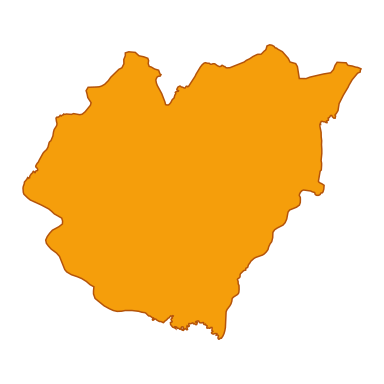 Beng, Oudômxai, Laos (orthographic projection)
{"feature_id": "54806243B47221121067222", "entity_name": "Beng", "entity_type": "district", "adm_level": 2, "iso_a3": "LAO", "parent_name": "Laos", "parent_adm1": "Oudômxai", "projection": "orthographic", "projection_center": [101.752, 20.343], "detail": "fine", "context": "isolated", "style": "filled", "palette": "amber", "viewbox_px": 384, "rotation_deg": 0, "n_neighbors": 0, "source": "geoboundaries", "source_scale": "gbopen_adm2", "svg_char_len": 5884}
<svg xmlns="http://www.w3.org/2000/svg" viewBox="0 0 384 384"><path d="M339.1,103.6L343.3,95.2L348.1,87.2L349.0,85.2L352.2,79.7L357.6,73.2L360.2,72.0L360.3,70.2L360.8,69.5L361.0,68.8L357.7,67.4L355.7,67.1L352.2,66.0L348.2,65.4L347.5,64.8L346.2,62.8L337.1,62.3L335.1,65.3L333.5,69.6L330.7,72.8L323.4,74.0L310.0,77.1L306.1,78.6L299.3,78.5L297.4,66.6L295.7,63.6L290.0,62.0L288.2,58.3L282.4,51.7L277.5,49.0L276.6,48.1L275.2,47.9L274.1,46.4L271.9,45.2L269.7,44.8L267.0,45.9L266.0,49.4L265.3,50.3L264.3,51.0L261.3,54.1L260.4,54.3L257.8,54.3L256.9,54.6L253.0,56.5L249.6,58.8L246.4,60.3L244.2,62.0L229.9,67.7L227.1,67.9L225.8,67.6L224.8,66.5L224.2,66.6L222.5,65.4L222.0,65.3L221.4,65.6L221.1,66.3L219.4,66.6L217.4,65.7L214.8,63.8L213.0,63.7L212.1,64.1L210.9,64.3L210.4,64.2L209.3,63.3L207.2,63.2L205.5,62.7L204.1,63.1L202.2,64.7L200.4,67.0L196.1,74.1L195.1,76.3L188.6,86.3L187.8,86.8L187.3,86.3L186.6,86.2L186.1,86.4L185.2,87.9L184.9,88.0L184.2,88.0L182.6,87.2L181.5,87.1L180.2,86.1L179.7,86.1L177.9,87.1L176.8,89.3L177.1,90.0L178.5,90.6L178.3,91.3L176.6,91.5L175.5,92.1L175.3,92.6L175.7,93.2L175.6,94.0L174.9,95.0L174.2,97.3L174.3,97.7L172.3,99.6L170.8,102.5L169.8,103.8L168.6,104.9L166.9,105.0L165.6,104.6L164.9,101.9L161.7,93.6L157.3,85.5L156.4,83.1L155.8,79.9L156.7,77.8L157.2,77.0L158.2,76.4L159.2,76.1L159.7,76.2L160.3,76.0L161.0,74.6L160.0,74.0L158.6,70.2L154.6,69.0L151.2,67.0L149.2,66.4L148.2,63.6L148.6,60.6L147.8,58.3L143.8,56.8L139.0,55.8L135.3,52.4L128.7,51.8L125.3,52.9L125.3,55.8L123.8,59.5L123.9,63.8L121.9,67.8L118.9,69.3L110.8,77.2L108.3,80.7L104.7,84.3L101.5,86.1L99.1,86.8L96.3,87.0L88.1,87.3L86.1,90.7L87.0,93.7L87.8,97.6L91.1,102.7L90.4,105.3L85.1,111.8L82.2,114.2L79.8,114.7L73.5,113.6L71.5,114.4L66.4,114.0L64.8,114.4L63.7,114.0L63.3,114.8L62.5,115.0L61.2,116.0L60.2,115.3L59.4,116.4L57.9,117.4L57.4,117.1L56.9,117.1L56.0,118.1L56.4,121.1L57.0,123.7L56.8,125.1L56.4,126.1L54.2,129.5L53.5,132.0L52.9,136.0L50.9,140.7L49.6,141.8L49.1,142.7L48.0,147.1L46.6,149.6L44.3,151.7L43.1,153.1L39.3,160.0L38.2,162.3L37.2,163.3L36.0,165.4L35.7,166.3L36.1,167.4L37.2,168.2L37.7,169.4L37.6,170.3L37.1,170.7L36.2,170.8L35.4,171.5L35.2,172.6L34.8,172.6L33.5,171.3L33.1,171.5L32.6,172.7L31.3,173.9L30.1,175.6L29.7,176.6L29.6,177.7L28.8,177.7L28.5,178.4L28.1,178.4L27.6,177.7L26.7,179.4L24.4,182.1L24.3,183.6L23.3,186.4L23.0,188.1L23.3,192.3L23.9,194.2L27.7,197.9L30.3,200.0L41.3,205.0L48.7,208.9L51.5,211.2L54.3,213.9L61.7,218.1L62.6,221.1L62.4,224.0L58.9,226.7L52.4,230.2L49.6,233.3L47.3,236.5L45.7,240.1L46.4,243.3L48.4,246.0L51.2,249.1L56.5,253.0L59.5,256.4L64.8,269.6L66.7,271.9L71.4,274.7L77.3,276.7L81.6,278.5L86.3,281.4L90.1,284.7L93.9,286.8L93.5,291.0L93.5,294.0L95.1,298.5L104.2,305.9L109.5,308.8L113.3,310.5L117.2,311.4L121.6,311.2L125.2,310.5L132.0,310.5L138.7,311.3L141.7,312.2L145.0,312.7L145.9,313.2L148.6,315.9L150.2,316.1L152.9,318.1L153.5,317.9L153.7,318.2L152.8,318.9L152.4,319.6L152.6,320.1L153.1,320.2L155.1,319.0L155.8,319.1L157.0,320.2L159.4,321.5L161.1,321.6L163.3,322.7L163.9,322.3L164.4,321.5L166.7,319.8L168.0,318.3L169.2,317.7L170.6,315.9L171.6,316.2L172.8,315.6L173.3,315.9L173.0,316.5L172.2,317.0L171.9,317.6L172.2,318.2L171.2,318.9L171.0,319.4L172.1,321.5L171.7,322.2L170.7,322.3L170.4,322.5L170.6,324.6L172.6,327.1L174.9,328.0L175.7,328.6L175.6,328.2L174.7,327.0L174.8,326.7L175.3,326.7L176.5,327.0L177.0,327.5L177.3,328.2L177.6,328.4L178.6,328.3L179.2,328.6L179.7,329.2L180.3,329.2L180.6,329.0L181.5,327.1L182.2,326.8L183.0,326.9L183.4,327.8L183.3,329.0L182.7,329.4L181.8,329.3L181.6,329.7L182.5,330.2L183.3,330.4L185.1,328.6L186.9,329.8L187.5,329.5L186.8,326.6L187.1,325.8L187.7,326.4L188.4,326.7L189.1,326.3L189.3,325.8L188.9,325.1L188.7,324.0L189.0,323.5L190.7,323.7L192.6,322.9L193.1,323.1L193.3,323.7L193.6,323.9L194.2,323.6L195.6,324.6L196.2,324.7L196.7,324.5L197.3,322.6L197.0,322.3L195.9,322.3L195.6,322.0L196.0,321.5L198.0,320.9L198.6,321.0L199.3,322.2L199.9,322.8L201.2,322.9L203.2,322.5L203.5,322.6L203.5,323.6L203.9,324.4L204.5,324.6L205.5,324.2L205.9,325.2L207.1,325.8L206.8,327.6L207.1,328.2L208.4,328.0L209.6,328.3L210.0,328.2L210.9,327.4L212.0,327.5L212.1,328.6L211.9,330.5L212.6,330.9L212.9,331.4L211.7,332.3L211.5,332.6L211.6,333.2L212.4,333.8L213.3,334.1L215.0,333.5L216.9,333.6L217.0,334.1L216.3,334.7L216.2,335.2L217.3,335.0L218.3,335.4L218.5,335.8L218.0,337.4L218.1,338.5L218.7,339.2L219.1,339.2L220.7,338.1L221.4,338.2L222.9,336.0L224.0,333.6L224.8,330.8L225.4,327.5L226.1,311.8L227.0,309.6L229.8,305.9L231.0,303.8L231.8,301.3L232.2,298.4L233.6,297.0L237.5,294.5L238.5,293.3L238.9,292.0L239.1,289.4L239.0,285.5L238.2,283.8L238.1,281.4L237.4,279.4L237.8,278.8L239.2,277.9L240.0,276.9L240.1,274.6L240.5,273.7L243.7,270.6L245.7,270.1L245.8,268.3L247.6,267.5L248.5,264.7L249.9,262.9L250.8,261.3L254.0,258.4L255.8,257.4L262.6,255.0L264.3,253.9L266.4,251.8L268.0,249.5L268.7,246.8L270.1,243.8L271.7,241.7L272.7,237.7L272.9,232.4L274.6,229.8L277.3,228.0L283.0,225.1L285.1,222.7L286.7,219.1L288.0,212.2L289.6,210.0L296.5,207.2L299.4,205.1L300.3,202.5L300.4,199.4L300.3,197.3L299.3,195.6L299.5,194.1L300.6,192.1L301.9,190.7L303.5,190.0L310.7,191.0L312.2,191.8L314.6,192.5L314.9,193.2L315.1,194.2L315.6,194.8L316.6,195.3L318.1,195.4L319.1,195.1L320.1,194.5L320.8,193.3L321.3,192.9L322.3,192.8L323.0,191.9L323.8,189.2L324.1,185.3L321.6,183.6L320.4,183.2L318.7,181.9L318.4,181.3L320.1,171.4L320.5,170.7L321.3,170.0L321.6,165.1L321.6,163.1L321.1,160.6L321.8,153.5L321.8,149.5L321.5,144.7L321.7,140.8L321.2,136.8L321.1,132.3L319.9,126.4L319.8,124.6L319.9,124.3L320.6,124.4L320.4,123.1L321.3,121.4L322.5,121.4L323.7,121.8L324.8,121.8L326.1,122.6L327.0,122.7L327.1,122.4L326.6,121.0L328.4,120.2L328.5,119.9L328.2,118.3L328.3,117.9L329.3,117.6L330.3,116.0L331.0,115.4L331.7,115.5L332.4,116.8L333.7,118.1L335.1,118.2L335.6,116.0L335.0,115.2L335.2,114.6L336.1,113.8L338.0,110.6L339.1,103.6Z" fill="#f59e0b" stroke="#b45309" stroke-width="1.5"/></svg>